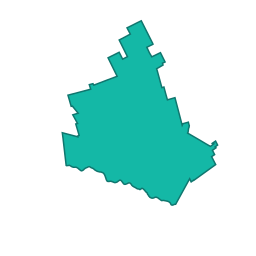 the district of Banda, Santiago del Estero, Argentina, rotated 333°
{"feature_id": "61730980B71346119241334", "entity_name": "Banda", "entity_type": "district", "adm_level": 2, "iso_a3": "ARG", "parent_name": "Argentina", "parent_adm1": "Santiago del Estero", "projection": "robinson", "projection_center": [-64.338, -27.421], "detail": "fine", "context": "isolated", "style": "filled", "palette": "teal", "viewbox_px": 256, "rotation_deg": 333, "n_neighbors": 0, "source": "geoboundaries", "source_scale": "gbopen_adm2", "svg_char_len": 4239}
<svg xmlns="http://www.w3.org/2000/svg" viewBox="0 0 256 256"><g transform="rotate(333 128 128)"><path d="M90.8,170.1L91.0,170.3L91.2,170.5L91.5,170.7L91.9,170.9L92.3,171.0L92.9,171.1L93.7,171.2L94.4,171.1L94.8,171.0L95.4,170.9L96.0,170.8L96.6,170.7L97.1,170.8L97.6,171.1L98.0,171.7L98.1,172.1L98.2,172.5L98.3,172.9L98.4,173.5L98.4,174.0L98.6,174.6L98.6,175.0L98.7,175.5L98.9,176.1L99.2,176.4L99.5,176.7L99.8,176.8L100.2,177.0L100.8,177.1L101.3,177.1L101.9,177.2L102.6,177.2L103.1,177.2L103.7,177.2L104.1,177.4L104.5,177.7L104.8,178.0L105.1,178.6L105.2,179.0L105.3,179.8L105.4,180.3L105.4,180.8L105.5,181.1L105.7,181.5L105.8,181.9L106.1,182.4L106.3,182.7L106.5,183.1L106.9,183.6L107.1,183.8L107.3,184.2L107.7,184.6L107.8,185.0L108.1,185.4L108.3,185.9L108.7,186.3L109.0,186.7L109.5,187.0L109.8,187.1L110.1,187.4L110.4,188.0L110.7,188.3L111.2,188.3L111.8,188.3L112.3,188.1L112.7,188.0L113.2,188.2L113.5,188.6L113.9,189.2L114.1,189.6L114.2,190.1L114.3,190.4L114.4,190.7L114.6,190.8L114.6,191.1L114.6,191.4L114.6,191.7L114.7,192.1L114.8,192.3L114.9,192.6L115.0,192.9L115.0,193.1L115.0,193.4L115.1,193.7L115.3,193.9L115.4,194.1L115.5,194.3L115.6,194.7L115.5,195.0L115.4,195.4L115.4,195.8L115.4,196.2L115.5,196.4L115.6,196.6L115.6,196.9L115.6,197.1L115.6,197.3L115.6,197.9L115.7,198.3L115.9,198.9L116.0,199.2L116.0,199.6L116.2,199.9L116.5,200.3L116.8,200.7L117.2,201.1L117.5,201.4L118.2,201.7L118.8,201.9L119.3,202.0L120.0,202.0L120.7,202.0L121.5,202.3L121.9,202.6L122.3,203.1L122.8,203.6L123.1,204.2L123.3,204.8L123.8,205.6L124.1,206.3L124.6,207.3L125.0,207.9L125.2,208.1L125.8,208.2L126.4,208.5L126.9,208.7L127.4,209.1L127.8,209.5L128.4,209.9L129.2,210.6L129.5,210.8L129.9,211.1L130.3,211.6L130.8,212.1L131.1,212.7L131.4,213.2L131.6,213.7L131.6,214.1L131.6,214.7L131.6,215.2L131.6,215.6L131.6,215.9L131.8,216.2L132.2,216.7L132.7,216.9L133.1,217.0L133.9,217.1L134.1,217.1L134.7,217.1L135.3,217.3L135.8,217.6L159.9,201.2L159.8,204.7L163.0,204.2L163.0,204.5L189.5,200.4L189.5,191.5L193.1,191.0L193.1,186.2L197.4,185.6L197.0,184.4L200.1,183.9L200.1,181.9L200.1,179.4L196.2,179.9L197.2,181.1L193.1,181.8L190.2,177.4L186.8,172.0L184.1,167.8L178.8,159.6L179.7,158.9L181.6,156.1L182.1,155.6L182.6,155.2L183.7,153.7L183.9,152.4L184.4,150.2L178.9,149.1L177.5,150.2L183.6,122.3L175.9,120.8L177.2,114.3L178.6,107.8L176.5,107.4L180.0,90.5L180.4,88.2L187.8,87.8L188.1,85.9L191.0,86.0L191.1,75.6L181.5,75.4L181.2,70.5L181.3,68.8L181.4,64.6L188.3,64.7L188.4,64.1L188.5,38.5L183.6,38.4L178.7,38.4L172.6,38.3L172.7,45.4L160.1,45.6L160.1,45.8L159.9,64.2L154.5,64.2L154.5,56.5L142.1,56.4L142.1,56.5L141.8,77.0L131.1,75.8L117.0,74.3L116.9,72.6L113.2,71.8L112.4,76.5L89.4,71.5L88.4,76.8L87.2,82.9L88.4,83.3L90.3,92.2L84.8,91.2L85.1,101.1L83.3,100.7L81.1,112.4L79.3,112.3L79.2,113.0L67.3,102.4L65.0,108.9L64.9,109.1L55.9,133.3L56.1,133.6L56.4,133.8L56.7,133.9L57.3,134.1L57.7,134.3L58.1,134.4L58.5,134.5L58.8,134.6L59.1,135.0L59.4,135.4L59.7,135.7L59.8,136.1L60.1,136.6L60.2,136.8L60.5,137.1L60.8,137.4L61.0,137.7L61.5,138.2L61.9,138.4L62.5,138.7L63.0,138.9L63.3,139.0L63.8,139.3L64.1,139.6L64.5,140.1L64.8,140.5L65.0,140.9L65.4,141.7L65.6,142.4L65.9,142.9L66.2,143.5L66.3,144.1L66.6,144.4L66.7,144.6L67.2,145.1L67.5,145.2L68.2,145.2L68.8,145.2L69.4,145.1L70.0,144.9L70.4,144.7L71.0,144.6L71.6,144.5L72.7,144.5L73.4,144.6L73.9,144.6L74.5,144.6L75.2,144.6L75.6,144.7L76.2,145.0L76.6,145.7L76.9,146.2L77.2,146.8L77.6,147.1L78.0,147.6L78.5,148.1L78.7,148.6L79.0,149.2L79.2,149.8L79.5,150.5L79.9,151.1L80.3,151.7L80.6,152.2L81.0,152.7L81.7,153.3L82.0,153.6L82.4,153.9L82.7,154.2L83.1,154.5L83.5,154.7L83.8,154.9L84.1,155.1L84.3,155.3L84.4,155.5L84.7,155.8L85.0,156.1L85.2,156.4L85.5,156.9L85.6,157.2L85.8,157.5L85.8,158.1L85.8,158.6L85.9,159.1L85.9,159.4L85.8,160.0L85.8,160.4L85.7,161.1L85.6,161.4L85.6,161.9L85.5,162.3L85.5,162.6L85.4,163.0L85.4,163.5L85.2,163.9L85.2,164.2L85.2,164.5L85.2,164.8L85.3,165.1L85.2,165.5L85.3,165.7L85.4,166.0L85.6,166.2L85.8,166.5L86.0,166.6L86.3,166.7L86.7,167.0L86.9,167.1L87.2,167.1L87.5,167.2L87.7,167.3L88.1,167.4L88.4,167.6L88.7,167.7L88.8,168.0L89.0,168.1L89.2,168.3L89.4,168.5L89.6,168.6L89.7,168.8L89.9,169.0L90.0,169.2L90.2,169.4L90.4,169.5L90.6,169.8L90.8,170.1Z" fill="#14b8a6" stroke="#0f766e" stroke-width="1.5"/></g></svg>